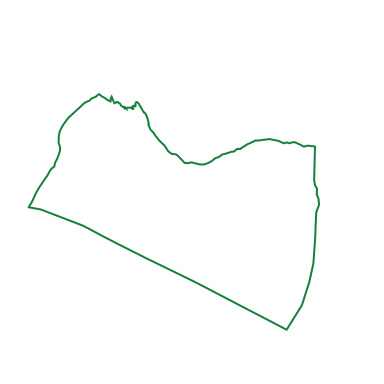 Ataqa, As Suways, Egypt (Robinson projection), rotated 293°
{"feature_id": "37247803B89602955599025", "entity_name": "Ataqa", "entity_type": "district", "adm_level": 2, "iso_a3": "EGY", "parent_name": "Egypt", "parent_adm1": "As Suways", "projection": "robinson", "projection_center": [32.387, 29.537], "detail": "fine", "context": "isolated", "style": "outline", "palette": "green", "viewbox_px": 384, "rotation_deg": 293, "n_neighbors": 0, "source": "geoboundaries", "source_scale": "gbopen_adm2", "svg_char_len": 3693}
<svg xmlns="http://www.w3.org/2000/svg" viewBox="0 0 384 384"><g transform="rotate(293 192 192)"><path d="M248.3,80.8L246.7,80.7L244.4,81.4L243.5,81.6L243.7,78.1L243.9,77.4L244.6,74.3L244.8,71.6L245.8,68.2L244.4,67.3L242.2,66.3L240.4,64.6L238.8,62.9L236.3,62.1L234.0,59.9L231.6,58.0L227.4,56.2L223.9,54.7L221.3,53.4L217.6,51.8L214.0,50.1L211.2,49.0L207.7,48.1L203.6,47.2L199.7,46.7L195.9,46.6L191.2,47.6L189.2,48.5L187.4,49.1L185.4,49.8L183.8,51.3L181.9,52.9L180.3,53.8L177.4,54.5L174.0,54.8L169.5,54.9L165.3,54.5L161.5,55.3L158.7,53.6L154.8,52.8L150.4,52.4L145.8,51.4L140.7,50.4L137.2,49.7L134.3,49.3L131.0,48.9L126.7,48.7L122.5,48.6L118.9,48.4L115.8,47.8L114.2,47.8L114.6,49.6L116.8,59.4L116.8,59.5L117.6,81.0L118.0,92.8L118.4,105.2L118.4,105.3L116.7,124.8L116.3,129.3L116.2,131.3L116.0,133.2L115.4,140.8L113.2,174.4L111.5,207.3L110.2,231.5L106.6,276.8L102.2,332.9L130.7,337.4L154.7,335.2L173.8,331.6L198.8,323.0L211.0,318.3L221.9,314.3L229.4,314.0L230.1,313.9L232.0,312.8L235.2,311.1L237.0,309.3L238.3,307.9L243.9,305.7L246.5,302.4L250.9,299.7L281.8,287.5L281.4,285.1L281.0,284.6L280.5,282.2L279.6,279.9L279.1,279.3L278.4,278.3L277.8,277.9L277.5,277.2L277.5,276.3L277.6,275.7L277.8,274.6L277.9,271.2L278.0,269.0L277.9,266.7L277.0,265.2L276.6,264.7L275.9,263.7L274.9,262.6L274.8,261.3L274.8,259.9L273.8,259.0L273.1,258.4L272.7,256.2L272.7,254.8L272.8,253.5L272.8,253.1L272.8,251.4L272.1,248.1L271.5,245.3L271.1,242.9L270.3,241.4L269.3,239.8L268.0,237.3L266.9,235.5L266.2,234.8L265.6,233.3L264.9,232.1L264.2,230.3L261.1,227.6L259.6,226.3L257.8,224.5L254.4,222.2L251.7,220.2L250.6,219.9L249.4,217.4L249.5,216.9L249.0,216.5L248.2,216.2L246.4,215.2L246.1,215.0L245.5,214.6L245.1,213.8L244.7,213.1L244.1,212.2L243.7,211.8L242.9,210.9L241.2,208.9L240.2,207.8L239.3,206.5L238.9,205.9L238.6,205.6L237.8,204.8L236.2,204.0L234.5,202.8L232.3,200.3L230.3,199.1L229.0,198.7L225.1,195.7L223.1,193.5L222.1,192.2L221.4,190.8L220.8,189.5L220.6,188.8L220.5,188.7L220.2,187.0L220.0,186.0L220.0,185.7L219.9,185.2L219.8,184.5L219.6,183.6L219.5,183.3L219.5,183.1L219.5,182.8L219.4,181.7L219.3,180.9L219.3,180.5L218.9,179.8L218.9,179.7L218.7,179.4L218.2,178.6L218.1,178.4L217.7,178.0L217.7,177.9L217.5,177.7L217.1,177.3L217.1,177.2L216.8,176.5L216.7,176.1L216.5,175.7L216.3,175.0L215.9,173.8L216.5,172.5L216.7,172.1L217.2,170.9L217.3,170.7L218.0,169.2L218.1,168.8L218.5,167.9L219.0,166.8L219.2,166.3L219.4,165.8L219.7,165.0L219.8,164.7L220.0,164.2L220.1,163.7L220.4,162.9L220.3,162.4L219.9,160.8L219.2,158.6L219.2,158.4L219.9,155.5L219.9,155.4L220.1,154.4L220.8,153.3L221.4,152.4L223.0,150.1L224.0,148.7L224.2,148.0L224.3,147.8L224.6,147.0L225.1,145.6L225.7,144.0L226.0,143.0L226.1,142.8L226.2,142.6L226.7,141.8L227.4,140.3L228.1,139.0L228.3,138.7L228.4,138.4L228.5,138.2L228.8,137.7L229.2,136.8L229.4,136.6L229.5,136.2L229.7,135.9L229.8,135.8L230.0,135.6L230.3,135.3L230.3,135.2L230.5,135.0L230.6,134.8L231.1,134.0L231.5,133.3L231.7,133.0L231.8,132.8L232.0,132.3L232.6,131.0L233.1,129.8L233.2,129.6L233.5,129.0L234.0,128.6L234.2,128.4L234.7,127.9L235.2,127.4L235.6,127.0L236.0,126.7L236.3,126.4L236.7,125.9L236.9,125.7L237.1,125.5L237.2,125.4L237.9,125.6L241.7,122.8L244.0,120.8L246.3,118.1L246.3,117.0L247.9,114.5L251.5,109.8L252.9,107.8L253.0,107.0L253.2,106.1L253.0,105.6L252.2,105.3L251.1,105.5L249.0,106.5L248.6,105.9L249.2,105.4L248.8,104.9L248.3,104.3L247.6,103.8L246.8,104.5L245.7,105.5L245.2,105.1L245.4,104.3L245.8,103.7L245.8,103.4L245.8,103.0L245.3,101.8L244.4,99.7L243.7,98.9L242.9,99.3L243.2,98.5L243.9,97.1L242.8,97.1L243.1,96.6L243.8,92.9L245.4,90.9L245.3,89.4L245.8,88.7L245.5,87.5L245.1,87.4L244.7,87.1L243.4,85.9L244.5,84.7L248.3,80.8Z" fill="none" stroke="#15803d" stroke-width="2"/></g></svg>